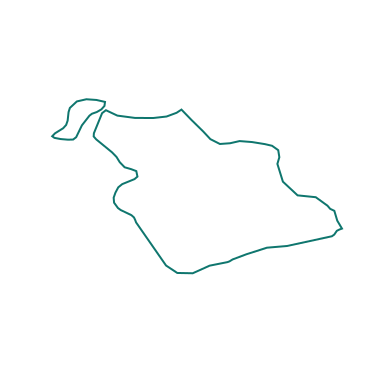 the Province of La Altagracia, rotated 118°
{"feature_id": "DOM-1987", "entity_name": "La Altagracia", "entity_type": "Province", "adm_level": 1, "iso_a3": "DOM", "parent_name": "Dominican Republic", "parent_adm1": "", "projection": "equal_earth", "projection_center": [-68.677, 18.544], "detail": "fine", "context": "isolated", "style": "outline", "palette": "teal", "viewbox_px": 384, "rotation_deg": 118, "n_neighbors": 0, "source": "natural_earth", "source_scale": "10m", "svg_char_len": 1209}
<svg xmlns="http://www.w3.org/2000/svg" viewBox="0 0 384 384"><g transform="rotate(118 192 192)"><path d="M153.9,42.4L155.9,44.2L158.3,45.9L162.8,46.4L165.4,47.7L195.1,82.8L206.0,99.7L221.4,114.7L232.5,124.5L235.6,126.3L237.2,127.7L248.8,141.9L263.4,153.2L270.4,167.0L269.1,180.4L245.1,227.1L243.4,229.0L241.7,231.3L240.9,234.6L241.4,246.5L240.9,249.9L238.0,255.8L233.8,258.5L228.5,259.3L222.5,259.3L217.8,257.3L207.6,248.8L204.0,247.4L199.7,251.0L200.4,256.5L201.8,263.1L199.6,269.8L196.5,275.1L194.5,281.3L190.5,301.3L189.1,304.9L186.2,306.2L164.6,308.4L160.2,306.4L159.6,293.8L153.4,277.2L144.9,261.0L137.3,249.9L129.3,242.8L124.2,240.0L128.7,226.1L133.3,210.5L136.7,200.6L136.5,189.9L131.1,181.3L124.7,173.9L119.7,162.4L115.5,150.1L113.6,143.0L114.6,135.5L120.3,131.2L127.1,129.8L140.2,116.6L145.4,97.2L138.5,80.3L140.5,65.9L142.0,62.1L141.8,57.5L149.1,50.3L153.9,42.4ZM184.8,320.5L198.0,320.0L201.5,321.6L204.0,326.0L206.9,332.8L208.8,338.9L208.4,341.6L204.5,340.5L196.2,335.7L191.9,334.6L187.4,335.3L179.4,338.5L175.1,339.3L166.1,336.2L159.7,328.8L155.6,319.6L153.3,311.1L157.1,309.7L161.6,310.8L166.1,313.6L169.9,317.1L172.8,318.4L184.8,320.5Z" fill="none" stroke="#0f766e" stroke-width="2"/></g></svg>